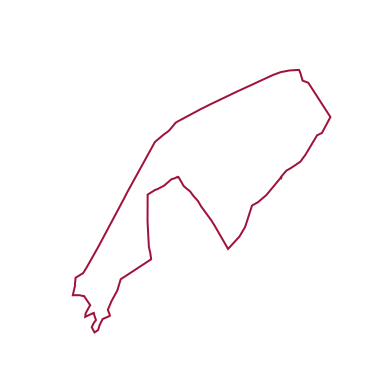 Babadayhan, Ahal, Turkmenistan, rotated 58°
{"feature_id": "10190150B42989304972975", "entity_name": "Babadayhan", "entity_type": "district", "adm_level": 2, "iso_a3": "TKM", "parent_name": "Turkmenistan", "parent_adm1": "Ahal", "projection": "albers", "projection_center": [60.205, 38.26], "detail": "fine", "context": "isolated", "style": "outline", "palette": "rose", "viewbox_px": 384, "rotation_deg": 58, "n_neighbors": 0, "source": "geoboundaries", "source_scale": "gbopen_adm2", "svg_char_len": 1395}
<svg xmlns="http://www.w3.org/2000/svg" viewBox="0 0 384 384"><g transform="rotate(58 192 192)"><path d="M227.1,108.4L226.3,108.4L223.9,100.7L224.1,95.0L224.1,94.7L223.7,84.0L221.4,78.3L220.9,76.8L220.3,75.6L210.2,55.9L210.8,50.6L201.8,34.9L160.9,35.5L157.0,38.6L156.7,38.5L156.1,39.2L148.7,37.1L145.2,36.5L140.6,44.9L137.4,53.1L135.7,61.1L130.6,101.2L127.5,128.8L126.4,139.9L124.6,166.4L124.6,169.3L127.0,176.5L127.9,179.5L128.3,185.8L129.9,196.9L158.2,247.6L161.7,253.4L189.0,300.8L200.3,321.6L203.1,327.3L203.0,336.1L208.5,340.4L209.3,340.6L210.2,341.6L216.4,347.8L219.8,342.2L222.5,339.5L222.9,338.7L234.1,338.3L234.3,338.9L236.1,342.2L238.7,346.7L241.3,348.7L242.3,340.2L242.7,340.2L242.7,339.4L245.3,340.3L249.7,341.3L250.7,343.9L250.9,344.1L251.5,345.6L253.6,348.7L259.4,349.1L259.4,346.4L259.2,344.6L255.9,340.9L255.1,339.3L254.7,339.0L252.4,335.1L253.4,328.1L253.5,327.3L252.0,326.7L247.3,325.8L241.9,318.1L236.0,307.6L228.2,298.7L227.4,262.3L221.6,259.7L215.8,257.7L193.4,245.3L170.7,231.0L170.7,222.5L171.3,219.4L171.5,216.3L171.8,212.2L170.3,202.5L171.2,199.4L171.5,196.3L172.1,196.3L172.3,195.5L182.4,195.9L186.1,194.8L190.4,193.3L195.9,192.9L202.7,191.7L209.1,191.9L226.9,190.6L230.0,190.7L231.2,190.6L259.4,191.6L254.9,175.3L250.0,165.9L249.0,164.5L235.3,148.3L235.6,141.4L234.0,130.5L226.8,108.9L227.4,108.9L227.1,108.4Z" fill="none" stroke="#9f1239" stroke-width="2"/></g></svg>